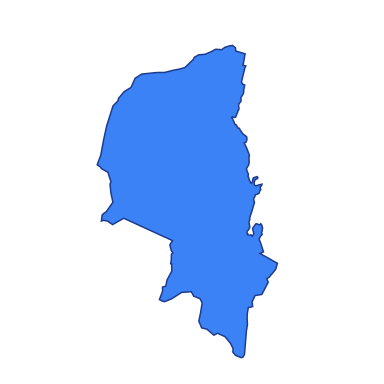 Barkeol, Assaba, Mauritania, rotated 12°
{"feature_id": "47542326B92526973547543", "entity_name": "Barkeol", "entity_type": "district", "adm_level": 2, "iso_a3": "MRT", "parent_name": "Mauritania", "parent_adm1": "Assaba", "projection": "robinson", "projection_center": [-12.286, 16.647], "detail": "fine", "context": "isolated", "style": "filled", "palette": "blue", "viewbox_px": 384, "rotation_deg": 12, "n_neighbors": 0, "source": "geoboundaries", "source_scale": "gbopen_adm2", "svg_char_len": 2609}
<svg xmlns="http://www.w3.org/2000/svg" viewBox="0 0 384 384"><g transform="rotate(12 192 192)"><path d="M94.8,145.4L94.7,158.8L95.1,174.9L93.6,185.1L97.1,186.5L98.5,187.9L105.8,190.3L108.2,194.8L110.6,198.7L110.2,201.4L112.6,209.0L113.8,212.0L116.8,218.4L112.3,229.0L109.7,231.8L108.9,233.3L109.4,239.2L111.5,238.1L115.4,238.0L121.1,240.4L130.7,231.9L138.4,233.6L183.0,243.6L181.3,248.3L183.9,253.6L186.0,255.6L184.8,257.1L185.9,262.9L186.0,266.6L187.0,266.5L188.7,273.5L185.9,283.1L185.9,289.6L182.9,291.1L183.8,295.1L183.2,299.3L182.5,304.0L185.4,304.9L188.2,304.9L194.4,300.6L202.7,292.4L212.0,289.7L215.4,293.6L222.1,294.7L225.0,298.4L225.5,308.5L225.5,316.9L229.7,322.9L235.1,323.1L243.2,327.5L246.3,324.9L254.3,326.6L261.3,332.2L264.7,336.6L265.3,340.2L268.6,342.8L274.8,343.8L276.3,342.7L277.1,339.8L274.1,316.5L273.8,310.1L272.2,304.0L271.4,299.8L271.1,293.3L275.2,291.5L273.6,287.1L275.2,280.2L281.6,277.7L284.2,268.5L285.3,264.4L283.2,261.3L285.3,259.1L289.9,250.3L290.4,244.0L271.3,238.0L274.4,235.7L269.3,226.9L267.6,224.6L267.7,222.4L268.6,220.3L269.5,218.9L268.4,217.2L268.7,215.8L268.5,212.5L267.0,209.7L265.9,208.7L264.9,210.2L262.1,209.6L261.0,210.0L259.2,213.9L258.9,215.4L260.4,218.3L261.1,220.1L260.7,221.4L259.8,222.7L258.7,221.6L257.5,222.2L255.1,222.3L255.1,221.0L254.3,220.5L254.0,219.4L254.0,218.9L255.1,217.4L255.4,216.6L255.9,214.3L253.9,209.6L254.3,206.8L253.8,205.5L254.7,197.2L255.0,192.3L255.3,189.3L253.6,185.7L254.4,183.6L254.6,181.4L255.7,181.0L257.9,179.2L258.1,176.4L258.8,175.5L257.7,173.2L258.8,171.1L258.8,169.8L256.0,171.1L253.2,172.7L251.6,172.3L250.8,169.6L251.3,166.6L253.0,165.6L253.5,164.3L252.5,163.4L250.2,164.7L249.3,165.1L248.8,166.8L249.0,169.8L248.1,171.2L245.5,168.3L244.5,166.1L243.6,165.5L243.4,162.7L241.5,160.2L240.4,157.6L241.8,153.8L241.6,150.2L240.6,147.0L240.6,144.3L236.9,138.4L232.9,133.2L234.6,131.8L234.8,128.8L233.9,126.5L229.5,124.5L226.4,121.5L225.0,119.8L223.4,119.8L221.5,117.2L220.4,117.3L216.4,111.9L215.2,110.8L216.2,110.0L218.2,110.3L219.1,109.6L220.0,104.5L220.2,101.8L220.4,102.7L220.7,100.9L219.6,97.6L219.5,95.9L220.9,93.6L220.9,91.8L220.2,89.7L221.9,84.7L221.4,81.5L221.4,78.9L221.3,76.3L219.2,76.1L217.5,74.2L217.9,60.0L218.4,57.5L215.6,57.5L215.2,45.8L205.5,45.0L204.5,41.9L201.2,40.2L198.3,41.3L194.1,43.6L191.5,46.6L185.6,47.4L181.1,51.1L176.1,54.6L170.0,56.4L166.2,59.8L165.7,62.1L159.2,71.7L154.3,74.3L147.3,77.3L140.6,80.7L134.6,82.0L130.2,83.2L127.6,84.1L118.3,87.1L112.7,92.6L110.6,102.4L104.7,108.0L100.7,115.6L100.6,118.3L96.9,124.1L95.9,133.6L94.8,145.4Z" fill="#3b82f6" stroke="#1e3a8a" stroke-width="1.5"/></g></svg>